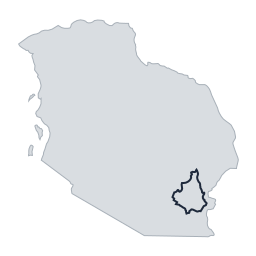 Geita on a map of United Republic of Tanzania (Mercator projection), rotated 181°
{"feature_id": "TZA-5586", "entity_name": "Geita", "entity_type": "Region", "adm_level": 1, "iso_a3": "TZA", "parent_name": "United Republic of Tanzania", "parent_adm1": "", "projection": "mercator", "projection_center": [31.619, -3.252], "detail": "fine", "context": "in_parent", "style": "outline", "palette": "slate", "viewbox_px": 256, "rotation_deg": 181, "n_neighbors": 0, "source": "natural_earth", "source_scale": "10m", "svg_char_len": 4760}
<svg xmlns="http://www.w3.org/2000/svg" viewBox="0 0 256 256"><g transform="rotate(181 128 128)"><path d="M88.7,188.7L85.5,187.0L82.6,186.0L80.1,184.8L79.1,183.7L76.8,183.2L74.8,183.0L73.0,182.0L69.3,181.6L68.9,180.9L68.8,179.4L68.2,178.9L66.8,178.5L65.4,178.6L64.5,178.8L64.0,178.7L62.8,177.8L61.6,176.6L61.2,174.7L59.5,173.5L57.5,172.6L52.1,172.7L51.2,172.4L49.9,171.5L48.4,169.9L47.2,168.2L46.1,165.7L45.0,162.5L38.8,149.6L38.1,147.1L36.9,144.4L34.9,141.1L32.8,138.6L29.9,136.4L26.7,134.2L24.9,132.7L21.5,126.6L20.9,123.8L20.3,120.8L20.5,119.6L22.6,115.8L22.9,114.8L22.6,113.3L21.6,110.3L20.3,106.7L17.6,100.0L17.2,98.3L17.3,97.1L18.8,90.3L18.8,89.4L25.1,89.5L29.6,86.5L33.6,82.1L34.4,80.3L36.0,77.4L37.6,76.0L38.2,75.0L39.1,72.2L41.2,70.3L43.2,68.8L42.8,67.8L43.1,67.4L44.2,66.6L46.4,65.9L46.8,64.5L46.8,62.8L46.5,61.8L46.5,60.8L46.2,60.2L44.8,60.0L42.7,59.2L40.9,58.8L39.7,58.3L39.3,58.0L39.1,57.0L40.1,54.4L39.1,53.3L41.3,49.0L41.7,48.5L42.5,48.5L43.7,48.0L44.9,47.8L45.8,48.0L46.5,47.8L47.2,47.3L47.7,45.8L48.1,43.4L47.9,41.4L47.0,39.9L46.7,37.6L47.1,34.5L46.8,31.9L45.8,29.8L44.8,28.6L43.2,28.0L40.8,24.8L40.0,23.3L40.2,22.3L41.0,21.9L42.6,22.1L44.1,21.7L45.4,20.8L46.8,20.6L47.5,20.7L109.8,20.7L182.7,61.4L183.0,61.9L183.6,65.4L183.5,66.6L182.3,68.6L182.0,69.6L182.0,70.4L182.3,70.7L183.2,70.8L184.0,71.2L184.3,71.6L185.0,73.1L185.8,73.9L213.5,93.9L214.1,94.2L213.7,95.9L212.1,100.0L212.0,101.7L211.4,103.6L210.8,105.0L209.2,110.7L207.9,112.8L206.1,117.9L205.8,121.7L206.8,124.4L207.2,127.0L209.3,129.4L211.0,130.3L212.2,131.4L214.2,134.0L215.4,136.6L219.1,137.9L220.5,140.8L220.0,142.8L218.3,144.5L216.7,147.2L215.4,150.7L215.4,156.1L216.2,155.3L218.2,156.6L218.4,160.6L216.4,165.3L215.8,167.5L215.7,169.3L217.2,174.9L219.4,177.7L219.2,178.6L218.6,179.4L222.4,184.4L222.1,188.8L223.5,192.2L224.2,195.1L225.1,197.4L225.3,199.0L224.1,200.7L226.9,201.1L228.5,202.5L229.2,203.9L231.2,203.8L232.3,204.8L233.9,205.5L237.3,207.8L238.2,209.0L238.8,210.1L229.3,217.3L225.9,219.1L223.5,220.0L220.9,220.5L218.4,221.6L216.1,223.4L213.1,224.3L209.4,224.3L205.6,225.5L199.6,229.3L196.1,227.2L193.3,226.6L190.1,226.6L188.2,226.9L187.5,227.3L186.9,228.6L186.4,230.7L184.3,232.7L180.7,234.6L177.3,235.3L174.2,234.8L172.2,234.0L171.1,232.9L169.5,232.4L167.4,232.5L165.3,233.3L163.4,234.8L160.3,235.4L156.1,235.2L153.8,234.5L153.5,233.3L151.6,231.8L148.2,230.1L145.7,230.1L144.1,231.7L142.7,232.7L141.3,233.1L140.1,233.2L138.4,232.7L133.8,232.6L129.3,232.6L128.9,230.3L127.9,228.9L127.1,228.0L125.6,227.8L125.2,227.2L124.7,225.7L123.9,224.5L122.9,223.5L122.3,222.5L122.1,221.7L122.3,220.7L123.2,218.3L123.5,216.7L123.4,215.0L122.9,213.3L121.8,211.3L122.0,210.7L121.6,209.3L121.6,208.4L121.8,207.1L121.6,205.6L120.7,202.2L120.7,201.3L119.7,199.6L116.7,195.8L116.6,195.3L112.0,191.4L110.1,190.5L109.5,191.2L109.2,191.9L109.4,193.2L109.3,193.8L109.1,194.1L108.0,194.0L107.3,193.9L105.6,192.8L104.2,192.6L100.8,192.8L99.6,193.0L98.7,192.8L96.9,191.0L94.8,190.6L92.9,190.5L89.8,188.5L88.7,188.7ZM219.5,123.8L221.1,128.1L220.9,128.9L219.8,129.4L219.2,129.4L218.6,128.7L218.1,127.3L217.3,127.6L215.9,125.9L214.5,125.8L213.3,123.8L213.8,122.0L213.5,118.9L215.0,117.4L215.8,114.8L216.8,116.6L217.0,119.3L218.3,122.6L219.5,123.8ZM226.9,98.5L227.0,99.5L226.7,100.4L226.8,103.4L226.6,105.4L225.5,108.2L224.6,109.2L223.7,108.9L223.1,108.5L222.5,107.7L223.6,102.6L223.1,98.9L225.2,99.2L226.9,98.5ZM223.8,160.0L222.7,160.2L222.3,160.0L221.7,159.1L222.8,158.4L223.9,157.0L226.5,155.0L227.7,153.4L227.5,154.9L226.1,158.4L224.8,158.6L223.8,160.0Z" fill="#d9dde1" stroke="#a8b0b8" stroke-width="1"/><path d="M58.8,87.5L58.2,86.5L57.8,85.4L57.7,85.1L57.5,84.8L57.4,84.1L57.2,83.5L57.3,82.5L57.9,80.7L58.0,79.7L57.7,78.1L56.5,75.5L55.4,74.4L54.9,73.1L54.9,71.8L54.7,71.1L54.6,70.5L54.6,69.7L54.3,69.0L53.9,68.4L53.5,67.7L53.0,66.3L52.8,64.9L51.7,64.1L51.3,64.3L51.0,64.7L50.8,64.7L50.6,64.4L50.7,63.3L51.4,62.2L52.0,60.8L51.9,59.2L51.7,59.0L51.5,58.8L51.5,58.5L51.0,57.6L50.2,57.3L50.0,56.0L49.0,55.2L48.1,54.2L48.8,52.2L50.9,51.2L53.9,46.1L54.5,46.3L55.8,46.1L56.9,45.7L57.8,45.8L61.8,47.6L63.2,47.7L64.2,46.6L65.0,46.2L65.2,45.8L65.3,45.5L65.3,45.1L65.2,44.5L65.4,44.2L66.8,44.0L68.0,43.5L68.4,44.7L68.5,45.7L68.6,46.4L69.0,46.7L69.2,47.2L69.2,47.7L69.5,48.3L70.1,48.8L71.6,49.5L72.9,50.4L73.7,50.9L74.7,51.3L75.3,52.1L78.7,52.7L77.6,54.7L81.1,56.7L80.6,58.2L82.3,59.7L80.6,64.4L80.0,64.5L78.7,65.1L78.1,65.6L77.7,66.2L77.3,66.8L76.7,66.8L76.2,66.3L76.0,65.6L75.4,65.2L74.7,65.4L74.0,65.9L73.2,67.0L72.8,68.3L73.1,70.4L73.4,72.3L73.1,73.9L71.3,74.0L69.3,74.3L67.2,75.3L65.4,76.8L64.3,78.5L64.0,79.8L64.3,81.2L63.5,82.3L63.2,82.9L63.4,83.3L63.8,83.5L64.0,84.1L64.1,84.6L62.8,85.3L60.8,85.1L60.0,85.3L59.5,86.0L59.3,86.8L58.8,87.5Z" fill="none" stroke="#1e293b" stroke-width="2"/></g></svg>